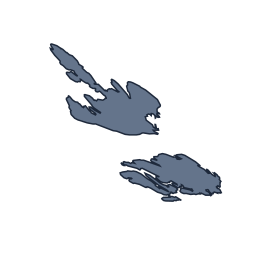 Træna nor, Norway, rotated 40°
{"feature_id": "86288312B36206301754919", "entity_name": "Træna nor", "entity_type": "district", "adm_level": 2, "iso_a3": "NOR", "parent_name": "Norway", "parent_adm1": "", "projection": "robinson", "projection_center": [12.061, 66.501], "detail": "fine", "context": "isolated", "style": "filled", "palette": "slate", "viewbox_px": 256, "rotation_deg": 40, "n_neighbors": 0, "source": "geoboundaries", "source_scale": "gbopen_adm2", "svg_char_len": 5980}
<svg xmlns="http://www.w3.org/2000/svg" viewBox="0 0 256 256"><g transform="rotate(40 128 128)"><path d="M132.2,87.3L117.1,87.6L111.3,88.7L110.1,88.5L102.6,90.3L100.4,91.1L98.5,92.4L98.4,93.6L100.1,95.4L100.0,96.8L104.1,99.8L105.9,100.0L107.5,100.9L110.8,103.7L110.3,104.2L109.3,104.2L106.2,102.9L92.1,100.6L87.1,100.5L84.3,101.1L84.2,101.8L86.0,103.0L85.9,103.4L86.3,103.6L86.0,104.0L87.4,104.8L95.4,106.1L97.7,106.1L97.2,106.9L90.1,108.4L89.3,109.7L88.5,109.9L88.0,110.9L87.8,112.4L88.3,113.1L86.9,113.4L86.6,113.5L86.9,113.9L86.1,114.3L77.2,113.6L74.4,115.8L73.8,115.9L73.6,115.6L74.7,114.6L74.6,114.2L65.9,111.7L62.8,111.3L60.7,111.9L54.8,111.6L54.3,111.4L54.5,110.4L54.0,110.1L49.3,110.8L48.6,110.2L46.0,109.2L39.0,108.5L35.9,109.6L32.6,109.5L32.3,109.9L27.5,109.7L25.8,110.0L26.4,110.6L25.3,110.2L20.6,110.7L15.7,112.6L15.1,113.1L15.1,113.7L16.4,114.6L20.1,115.7L20.1,116.3L17.3,116.9L18.6,117.8L25.2,119.4L32.7,120.3L33.2,120.6L33.8,121.7L35.5,122.3L38.3,121.9L42.7,122.3L45.6,121.3L46.5,120.3L49.9,119.1L52.4,120.2L56.1,120.6L54.7,121.1L48.0,121.4L47.5,123.2L45.4,124.5L45.3,125.2L46.1,126.0L52.1,127.2L58.0,126.2L59.8,125.2L60.0,124.3L61.6,123.3L61.3,122.4L60.1,121.3L61.3,120.9L61.9,121.2L66.5,120.6L68.1,120.0L68.3,119.5L71.2,119.7L71.5,120.6L72.8,120.9L75.8,120.2L77.3,118.8L78.2,118.9L78.4,119.8L78.9,120.3L80.2,120.6L81.7,119.8L82.5,118.2L83.6,118.0L88.2,118.4L89.6,118.1L91.8,118.8L92.2,119.2L91.4,120.0L91.6,120.9L90.8,122.9L86.4,125.4L86.5,127.4L84.6,127.9L84.6,128.4L84.2,128.6L81.6,128.0L77.8,128.1L73.5,130.1L73.2,130.6L74.3,131.8L85.5,133.7L86.6,134.3L89.1,134.5L97.5,133.7L96.6,134.3L96.8,134.6L91.1,135.8L85.9,136.0L84.9,136.8L85.2,136.9L85.1,137.3L85.9,137.7L87.7,138.1L93.8,137.8L94.7,138.3L94.7,138.9L90.1,140.0L88.6,139.4L87.6,139.6L81.1,138.4L80.6,139.2L80.8,140.1L80.1,140.2L80.6,141.0L79.3,141.3L75.6,140.6L74.3,141.0L72.9,140.6L70.7,141.9L67.4,142.2L63.7,141.5L61.9,141.5L61.8,142.1L62.5,142.7L61.7,144.7L62.4,145.7L68.7,148.6L69.4,150.0L70.1,150.4L73.3,151.4L73.3,152.3L75.8,154.2L80.9,154.8L84.4,154.0L93.4,150.3L98.6,147.4L100.6,145.7L118.3,139.6L121.4,137.7L129.9,134.7L133.7,132.2L138.7,128.0L141.0,125.4L142.1,122.7L142.9,121.9L148.2,118.7L151.7,115.4L154.6,113.9L154.7,113.1L154.3,112.9L150.3,113.8L148.7,113.5L152.8,110.0L151.6,109.1L151.0,109.8L149.9,109.9L146.9,107.6L146.5,107.9L147.4,108.4L147.1,108.5L148.9,110.7L147.0,111.1L144.7,109.9L137.0,110.3L134.0,108.3L135.1,106.7L134.8,106.4L135.0,106.3L134.0,105.8L134.6,104.2L136.3,103.4L137.8,103.6L137.2,102.5L136.5,102.5L136.4,102.1L136.9,101.6L138.4,101.0L140.6,101.2L142.6,102.9L142.7,102.4L141.4,101.1L144.2,100.5L145.2,99.5L144.3,99.0L141.9,99.3L141.2,98.9L140.9,98.4L141.4,98.0L140.8,97.5L142.6,97.4L143.1,96.9L142.4,96.6L140.8,96.9L139.7,96.7L138.1,94.9L138.0,92.7L138.6,91.7L138.7,90.8L138.1,89.7L132.2,87.3ZM226.4,106.6L223.1,106.7L223.2,107.4L222.9,107.5L224.2,107.8L225.8,108.7L225.9,109.2L221.9,109.6L216.4,108.8L215.0,109.0L215.1,109.7L219.2,110.6L218.6,111.2L213.2,110.7L206.3,112.0L205.7,111.9L205.8,111.2L207.8,110.5L201.4,110.5L189.2,112.4L186.0,113.7L182.6,117.1L183.0,117.9L182.4,118.0L181.8,118.7L188.6,117.3L187.8,118.8L185.7,120.3L184.6,120.0L185.6,119.3L183.9,119.4L181.4,120.9L181.5,121.2L174.0,123.8L170.8,125.5L168.7,128.5L169.0,130.8L166.3,133.3L167.0,134.2L171.3,134.0L166.3,136.1L165.9,136.8L166.2,138.1L167.5,138.5L175.9,136.4L176.8,136.6L160.7,142.6L158.8,144.2L157.4,144.7L153.0,149.3L153.3,149.9L152.9,150.1L153.1,150.5L155.7,150.8L153.6,151.8L153.1,152.3L153.0,153.4L150.5,154.0L148.5,155.6L146.6,156.3L146.3,157.0L147.5,158.3L145.5,159.0L145.5,159.4L147.2,159.9L148.8,159.5L149.6,158.9L149.0,158.5L150.6,157.4L152.2,157.2L160.8,153.1L163.9,152.6L164.3,152.0L163.8,150.9L164.9,149.7L183.4,145.2L180.6,147.0L181.7,148.0L181.5,148.8L181.8,148.9L181.4,149.3L181.7,149.8L175.1,150.2L170.1,151.7L172.1,152.6L174.1,152.8L188.3,152.2L197.8,150.6L200.4,150.7L190.2,153.3L191.8,154.0L185.9,154.5L185.7,153.7L180.2,153.7L175.3,154.5L167.8,154.8L162.4,156.1L159.8,157.5L158.4,159.1L155.3,161.1L155.0,162.0L152.2,165.1L150.8,167.4L152.3,168.5L156.9,168.7L159.8,167.6L160.2,165.9L163.0,164.2L163.4,164.3L163.2,164.9L161.4,166.3L162.1,166.5L162.6,167.6L163.6,167.8L167.7,167.0L168.5,166.0L173.0,163.8L179.6,162.2L180.5,161.5L180.2,161.2L180.7,160.5L184.0,159.5L191.9,158.2L195.6,156.6L198.3,156.1L200.7,154.5L201.3,153.3L204.4,154.2L199.7,158.4L199.2,160.3L200.1,160.7L202.0,160.6L203.8,159.6L209.6,155.0L209.8,153.9L211.6,152.7L211.8,151.8L212.9,150.9L213.1,150.2L215.3,149.1L208.9,150.0L208.5,150.3L208.4,151.1L205.8,152.1L204.8,153.2L202.3,152.9L202.0,152.6L202.6,151.3L201.8,150.2L203.2,149.7L202.4,149.4L202.6,149.2L204.7,149.0L205.8,146.8L206.3,146.9L206.7,146.0L205.2,145.2L205.3,144.0L205.8,143.5L205.5,143.2L203.1,142.7L196.3,144.4L195.1,146.3L197.0,146.8L196.5,147.6L193.9,147.6L191.5,148.8L187.3,149.6L182.5,149.6L182.1,148.8L182.9,148.1L187.1,148.2L189.7,147.4L193.4,144.9L193.6,144.1L194.4,143.2L194.0,143.2L194.9,140.8L201.6,139.6L202.0,139.9L198.4,140.9L197.4,142.1L198.8,142.5L204.5,141.8L205.5,140.8L205.7,140.2L205.4,140.3L205.2,139.6L206.5,138.1L205.4,137.1L206.9,136.8L208.6,137.5L209.9,137.3L215.3,134.5L216.0,133.7L218.0,134.4L218.0,135.0L215.3,135.5L207.4,139.6L207.4,140.6L207.9,141.1L208.3,142.9L210.2,143.2L212.8,142.4L214.7,140.7L218.7,138.6L221.2,136.0L222.8,135.3L224.4,132.8L224.8,132.9L225.4,132.3L225.2,132.0L225.8,132.1L226.1,131.6L225.4,131.5L226.0,130.8L230.6,129.6L234.0,126.7L234.9,126.7L235.0,126.0L234.2,125.9L234.9,125.5L234.6,125.2L230.0,125.4L228.3,125.9L227.5,125.3L228.6,124.0L229.3,123.8L231.3,124.6L233.9,124.7L235.4,124.0L235.3,122.5L234.9,122.5L235.4,121.5L238.2,120.5L237.8,120.3L240.3,118.6L240.0,118.5L240.9,117.5L238.4,116.3L236.8,116.1L235.4,116.8L233.8,116.4L233.5,116.2L233.6,115.8L234.6,115.5L234.8,115.0L233.3,114.4L236.2,114.4L236.4,113.8L234.4,111.8L233.8,110.5L233.4,110.4L233.5,109.2L231.0,108.7L230.9,108.0L229.8,107.0L227.0,107.0L226.4,106.6Z" fill="#64748b" stroke="#1e293b" stroke-width="1.5"/></g></svg>